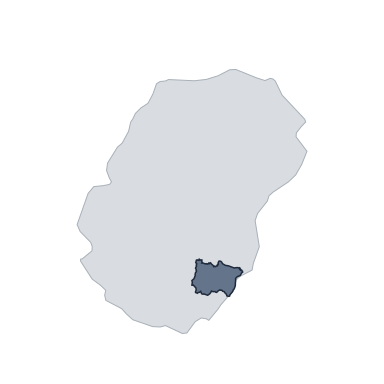 Bitola, Bitola, North Macedonia (highlighted), rotated 313°
{"feature_id": "65306769B29228652763838", "entity_name": "Bitola", "entity_type": "district", "adm_level": 2, "iso_a3": "MKD", "parent_name": "North Macedonia", "parent_adm1": "Bitola", "projection": "robinson", "projection_center": [21.305, 41.044], "detail": "fine", "context": "in_parent", "style": "filled", "palette": "slate", "viewbox_px": 384, "rotation_deg": 313, "n_neighbors": 0, "source": "geoboundaries", "source_scale": "gbopen_adm2", "svg_char_len": 2901}
<svg xmlns="http://www.w3.org/2000/svg" viewBox="0 0 384 384"><g transform="rotate(313 192 192)"><path d="M174.2,106.9L180.2,107.6L193.2,104.2L201.3,99.5L205.4,98.8L210.9,97.0L218.8,97.3L226.8,99.3L237.0,96.6L247.0,92.2L251.0,93.3L255.4,97.1L258.2,98.1L274.9,117.8L284.1,125.7L294.8,131.8L307.1,136.2L311.5,140.5L319.5,161.4L323.3,169.4L328.5,171.7L329.8,174.0L330.0,177.1L324.3,191.8L322.1,224.8L320.7,227.4L314.6,227.3L306.4,228.0L303.3,230.5L300.2,248.3L287.1,253.4L275.2,256.2L265.1,255.6L247.4,251.4L241.7,250.9L236.8,253.3L221.0,254.6L214.1,257.7L197.9,278.5L181.5,285.6L175.9,289.2L163.3,284.7L157.2,284.2L148.5,289.5L129.4,290.0L124.3,290.9L109.6,291.8L109.0,288.9L106.2,284.7L99.4,282.8L85.4,284.4L81.9,281.4L76.2,263.7L71.7,260.9L66.7,255.0L58.2,235.8L58.1,227.4L58.7,220.1L54.0,202.9L56.9,198.6L61.3,195.9L61.4,189.0L60.2,178.4L65.4,157.8L66.9,156.3L68.2,157.3L80.7,159.0L84.0,156.3L86.1,152.3L86.8,137.2L89.8,130.2L120.1,117.0L129.0,116.5L135.9,122.6L141.3,126.5L144.5,126.3L145.7,122.4L149.4,114.9L155.6,110.5L174.0,106.9L174.2,106.9Z" fill="#d9dde1" stroke="#a8b0b8" stroke-width="1"/><path d="M159.9,258.9L158.4,259.2L157.7,259.9L156.9,260.1L156.7,260.6L155.8,260.3L155.5,260.9L155.3,260.9L155.2,260.5L153.5,260.1L153.2,259.1L152.3,259.0L152.7,257.8L152.6,255.4L152.9,253.9L152.1,253.7L152.3,253.6L151.6,252.7L150.8,252.9L150.2,252.4L149.5,252.3L149.3,251.2L148.4,250.7L147.7,248.7L146.7,247.6L147.6,247.3L148.1,246.2L149.0,245.7L148.3,244.6L147.5,244.3L147.7,243.1L146.7,243.4L146.0,242.8L146.1,242.4L145.7,241.9L145.0,241.7L144.8,241.9L142.9,242.9L142.7,244.5L141.3,245.0L141.2,245.5L140.3,246.2L139.7,246.1L138.7,246.5L138.1,248.1L137.4,248.5L137.1,249.3L136.7,249.5L135.3,249.6L133.7,250.6L133.4,251.2L129.9,252.6L127.2,252.3L126.0,254.0L123.8,255.4L124.4,256.3L124.8,256.4L124.5,260.3L123.2,261.9L121.4,262.6L120.9,263.2L121.5,264.3L121.5,264.9L122.8,265.2L123.4,265.7L125.2,266.1L124.7,266.8L124.7,267.4L124.2,268.2L124.2,268.7L124.8,269.8L125.4,270.0L127.2,273.9L129.7,274.4L131.5,274.2L132.8,273.8L133.4,275.3L134.9,276.8L134.9,277.7L135.4,278.5L137.8,278.6L139.5,279.2L139.7,280.0L140.5,280.8L140.3,282.1L141.1,283.6L140.7,284.7L140.7,286.7L139.8,288.5L140.1,288.8L140.3,289.4L140.6,289.8L140.9,290.2L141.6,290.5L141.8,290.4L142.6,289.9L143.3,289.8L144.5,289.8L145.3,289.7L146.3,289.7L147.2,289.5L147.7,289.3L148.4,289.0L148.7,289.0L149.0,289.0L149.4,288.9L149.7,288.9L150.8,288.6L151.0,288.5L152.1,288.0L153.1,287.5L155.5,285.4L155.8,285.3L157.3,284.0L158.5,282.9L159.5,282.8L160.1,282.9L161.1,282.9L163.7,284.2L163.8,284.2L165.5,283.8L166.6,283.5L168.0,283.7L168.5,282.9L168.3,282.5L168.7,281.7L168.3,281.3L168.6,280.7L168.1,280.2L167.9,280.3L167.9,279.7L168.9,279.4L169.1,278.5L168.2,278.2L168.2,277.6L167.7,276.7L165.2,274.6L162.8,268.9L161.1,266.4L160.4,263.1L161.0,261.4L161.0,260.7L160.7,259.8L159.9,258.9Z" fill="#64748b" stroke="#1e293b" stroke-width="1.5"/></g></svg>